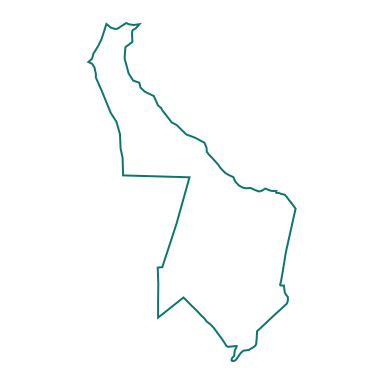 outline of Geisan, Blue Nile, Sudan
{"feature_id": "16777658B89515248440242", "entity_name": "Geisan", "entity_type": "district", "adm_level": 2, "iso_a3": "SDN", "parent_name": "Sudan", "parent_adm1": "Blue Nile", "projection": "robinson", "projection_center": [34.705, 11.239], "detail": "fine", "context": "isolated", "style": "outline", "palette": "teal", "viewbox_px": 384, "rotation_deg": 0, "n_neighbors": 0, "source": "geoboundaries", "source_scale": "gbopen_adm2", "svg_char_len": 2148}
<svg xmlns="http://www.w3.org/2000/svg" viewBox="0 0 384 384"><path d="M158.1,317.6L160.4,315.8L180.2,300.1L183.5,297.5L190.4,304.5L198.1,312.0L200.9,315.2L204.4,318.4L205.9,320.5L206.5,321.3L207.3,322.0L210.5,324.4L213.5,327.6L216.9,332.1L217.8,333.4L221.6,338.5L225.4,344.2L226.2,345.8L228.3,346.9L230.1,346.6L235.8,346.1L236.3,346.0L236.6,346.0L236.6,346.3L236.1,348.1L235.3,349.3L235.1,349.6L234.9,350.3L234.6,351.2L234.5,353.2L234.3,354.8L234.1,355.9L232.2,357.9L231.5,359.8L231.9,360.8L233.5,361.0L235.3,360.4L236.9,358.6L239.3,355.0L241.0,352.7L243.5,350.6L245.0,350.5L248.9,349.9L251.4,348.4L254.7,346.3L256.1,344.4L256.6,339.7L256.8,336.0L257.1,331.2L257.8,330.6L261.5,327.2L263.5,325.3L272.9,316.4L286.8,303.7L287.0,303.1L287.2,302.8L287.4,302.0L287.8,301.1L287.8,300.7L287.9,299.0L287.8,296.9L286.1,294.9L284.7,292.3L284.6,291.1L284.3,289.0L283.8,285.5L280.8,285.5L280.1,284.9L280.8,281.9L281.1,281.0L283.2,268.6L285.9,252.1L295.6,208.6L291.8,203.5L291.7,203.4L291.7,203.2L289.8,201.1L287.7,198.3L286.2,196.4L285.8,195.9L285.3,195.2L285.0,194.8L284.7,194.7L283.9,194.5L282.7,194.2L281.0,193.9L279.5,193.2L277.9,192.9L276.4,192.9L275.7,191.2L275.8,191.1L275.4,191.1L270.9,190.8L268.1,189.7L265.2,188.6L261.8,190.7L259.2,191.5L255.2,190.1L250.3,187.9L246.3,188.3L242.5,187.5L238.7,185.3L235.6,181.9L234.8,180.5L233.4,177.2L228.8,175.0L225.3,173.0L220.5,168.1L218.1,164.6L217.5,163.9L211.9,157.6L208.9,154.6L206.8,151.8L206.5,147.6L204.4,142.7L195.0,137.7L186.2,134.4L176.7,125.1L171.6,122.3L165.9,114.9L162.6,110.7L161.0,107.9L157.9,105.3L153.8,96.0L149.7,94.1L145.0,91.8L140.5,87.6L139.3,82.7L133.2,80.6L128.7,73.6L124.6,58.4L125.4,47.2L132.4,41.9L132.0,34.2L132.2,31.6L132.8,30.0L134.2,29.3L136.2,27.9L139.4,24.2L133.8,25.0L128.6,24.2L126.3,23.0L117.1,28.9L114.9,28.9L111.1,27.8L106.4,24.0L101.6,39.0L98.1,46.1L93.4,53.7L92.0,58.8L88.4,62.0L92.3,63.9L94.6,67.8L95.0,70.2L95.9,73.7L95.8,77.4L101.8,91.0L110.8,113.0L116.4,121.7L120.0,134.3L120.6,148.7L122.6,157.8L123.1,175.4L189.5,177.3L176.5,223.8L162.3,267.1L157.7,267.6L158.3,283.9L158.1,300.9L158.1,315.9L158.1,316.2L158.1,317.6Z" fill="none" stroke="#0f766e" stroke-width="2"/></svg>